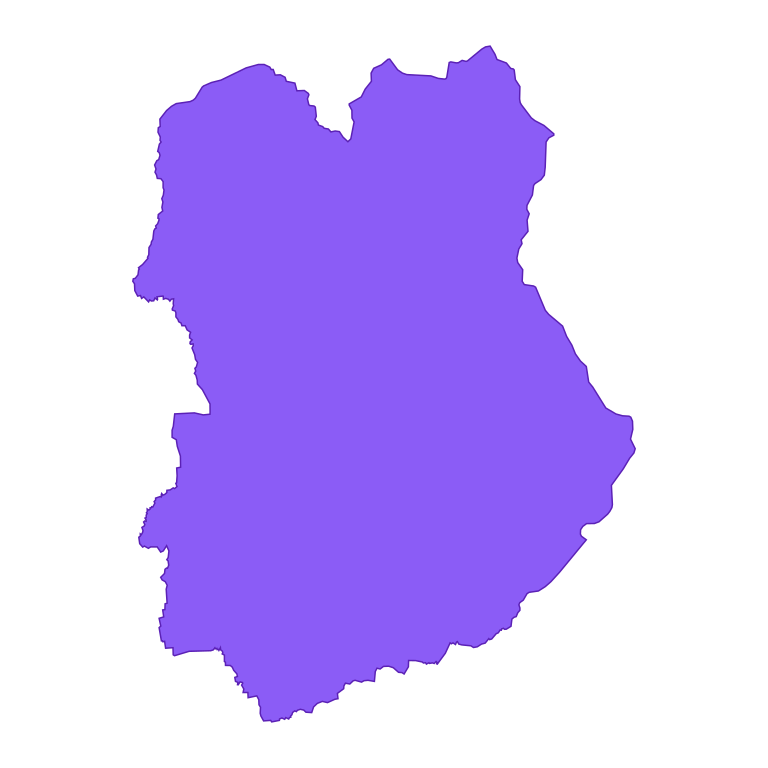 Na Yong, Trang, Thailand (Equal Earth projection)
{"feature_id": "78962969B91154230125686", "entity_name": "Na Yong", "entity_type": "district", "adm_level": 2, "iso_a3": "THA", "parent_name": "Thailand", "parent_adm1": "Trang", "projection": "equal_earth", "projection_center": [99.716, 7.559], "detail": "fine", "context": "isolated", "style": "filled", "palette": "violet", "viewbox_px": 768, "rotation_deg": 0, "n_neighbors": 0, "source": "geoboundaries", "source_scale": "gbopen_adm2", "svg_char_len": 6076}
<svg xmlns="http://www.w3.org/2000/svg" viewBox="0 0 768 768"><path d="M139.7,543.7L142.7,547.1L144.4,546.1L148.4,548.3L150.7,546.9L157.2,546.9L160.7,552.1L163.3,550.9L166.6,545.7L168.9,550.9L168.2,557.5L166.8,559.7L168.1,560.9L168.7,565.2L167.5,568.2L166.6,568.0L165.0,569.3L164.5,573.5L160.7,577.3L162.1,579.9L165.3,581.7L167.2,585.3L166.2,589.2L167.1,603.2L165.1,603.8L164.9,609.6L162.7,609.9L163.7,616.9L159.1,618.3L160.8,626.1L159.1,627.6L161.4,640.9L162.4,640.8L162.9,641.8L164.6,641.3L165.6,648.2L173.0,647.7L173.2,654.8L174.5,655.7L189.2,651.3L210.8,650.7L213.3,649.9L214.9,647.8L215.4,648.8L216.9,648.4L217.1,649.6L218.4,649.4L218.9,650.4L220.4,647.7L220.6,649.8L222.4,651.2L222.8,652.9L222.2,653.9L224.4,655.1L224.4,661.5L225.4,662.2L225.5,665.4L230.3,665.5L232.3,667.2L233.7,670.3L236.9,673.9L237.4,676.5L234.8,677.4L235.5,681.4L237.9,682.4L237.5,684.7L238.2,684.8L240.1,681.9L242.5,682.5L242.7,683.3L241.6,685.1L243.8,689.0L243.1,692.5L247.9,692.5L248.1,697.7L256.8,695.9L258.8,699.7L259.0,704.8L260.5,707.2L260.2,713.3L260.9,716.0L263.6,720.9L270.7,720.4L271.7,721.9L279.4,720.4L279.6,718.9L281.9,718.0L284.7,719.3L285.8,717.6L288.7,719.0L289.5,717.5L290.8,717.2L290.7,715.9L291.9,714.8L292.6,712.5L294.7,710.9L296.4,711.6L297.4,710.3L300.3,709.3L303.8,710.1L305.9,712.2L311.7,712.6L313.6,706.9L317.3,703.4L322.3,701.4L327.5,702.6L334.8,699.3L338.0,698.7L337.4,693.4L343.7,688.7L343.9,685.9L345.4,683.2L349.8,684.0L353.2,680.8L355.1,680.3L361.6,682.1L364.0,680.7L368.0,680.3L374.4,681.4L375.3,671.5L377.0,668.2L380.1,669.0L383.5,666.4L388.7,666.2L393.3,667.7L398.5,672.3L402.0,672.6L404.1,674.0L408.4,666.8L408.6,660.5L415.7,660.6L422.3,662.0L423.4,663.0L425.6,662.7L426.4,664.1L428.9,662.7L429.4,663.4L432.5,662.9L434.2,663.5L436.1,661.5L437.0,662.4L436.6,663.8L437.3,664.1L445.3,653.3L450.1,642.9L451.3,643.8L453.0,642.9L455.5,644.5L456.5,642.1L457.4,641.6L458.8,644.1L461.8,644.9L470.9,645.8L473.5,647.5L477.3,646.8L481.5,644.1L485.2,643.1L488.8,638.6L489.6,639.6L491.7,639.0L496.2,633.7L498.3,632.8L500.1,630.0L501.3,630.2L501.7,628.9L503.4,628.3L504.5,629.3L506.3,629.2L511.0,626.3L511.9,619.1L514.0,617.3L516.2,616.6L517.8,612.7L519.9,610.3L519.9,607.9L518.9,604.8L519.7,602.7L523.3,600.1L527.0,593.7L529.2,592.3L538.4,591.0L545.3,586.6L551.0,581.6L559.4,572.4L586.3,539.8L581.4,536.2L580.4,534.1L580.6,529.7L582.8,526.4L586.6,523.6L594.4,523.5L599.0,521.8L607.6,514.2L609.8,511.4L611.9,507.6L612.4,504.6L611.4,485.3L623.3,468.8L629.6,458.3L633.9,453.0L635.2,448.7L630.5,439.1L632.8,429.4L632.5,421.2L630.8,417.2L629.1,416.2L622.6,415.8L616.0,414.0L605.8,408.0L592.7,387.0L588.7,382.1L586.3,366.5L580.5,361.1L575.4,353.9L571.9,345.2L566.6,336.4L562.6,326.1L548.7,314.4L545.3,310.3L535.6,287.2L533.6,286.0L524.3,284.6L522.2,281.3L522.7,269.7L517.7,262.5L516.9,258.1L518.8,249.0L522.0,243.7L521.2,239.8L528.0,231.3L527.1,220.1L529.2,213.8L526.8,209.3L527.0,205.4L532.4,195.0L533.6,185.5L535.0,183.6L541.0,179.6L544.3,175.2L545.2,167.2L546.1,142.0L548.9,137.8L553.8,135.2L553.8,133.8L543.9,125.4L535.1,120.8L531.3,117.9L521.4,104.8L520.2,102.6L519.6,99.1L519.9,86.6L515.4,79.7L514.2,70.0L513.4,69.0L510.7,68.4L506.4,63.0L497.0,59.5L495.0,54.3L490.1,46.1L485.5,46.9L481.8,49.1L467.5,60.9L466.1,61.4L462.1,60.4L458.4,62.7L456.4,62.9L450.8,61.9L449.2,62.5L446.8,77.2L446.1,78.6L444.7,79.1L438.3,78.4L430.9,75.9L406.8,74.6L402.4,73.1L397.6,69.8L389.7,59.1L388.0,59.3L381.5,64.8L373.7,68.3L371.1,73.1L371.4,81.3L365.2,89.1L361.3,96.9L349.2,103.9L349.2,105.1L351.9,110.3L352.0,118.1L354.1,121.9L350.8,138.9L347.9,141.7L343.0,137.1L339.4,131.6L335.2,131.0L330.9,131.9L328.4,129.0L324.2,128.3L322.7,126.6L318.4,125.0L317.9,122.8L315.0,119.6L316.3,116.3L315.3,107.1L314.0,106.0L309.6,105.5L308.8,104.6L307.4,98.8L308.9,94.8L308.3,93.4L304.3,90.5L296.9,90.8L294.9,83.1L286.3,81.3L285.1,77.3L280.4,74.8L275.2,75.1L273.2,69.5L271.2,69.5L269.8,67.1L264.2,64.5L258.3,64.5L246.1,67.9L221.0,80.1L211.5,82.5L203.8,85.8L202.2,87.1L195.4,98.2L193.3,100.1L190.1,101.6L176.2,103.6L171.5,106.3L166.6,110.5L159.9,119.1L160.2,126.5L158.3,127.7L158.0,132.2L160.3,137.0L160.0,140.3L161.1,142.0L159.4,144.1L157.7,151.4L159.2,152.6L160.0,155.3L158.7,159.6L156.8,160.7L154.6,165.0L156.0,169.0L155.0,172.2L156.5,174.9L157.3,178.4L160.9,178.7L163.1,181.6L163.1,187.7L164.0,190.0L163.3,195.2L161.8,198.7L162.9,202.0L161.9,207.3L162.7,211.0L158.3,214.5L157.9,218.2L158.9,218.7L159.0,220.1L157.6,223.8L155.6,226.0L156.3,228.0L154.9,228.8L153.8,231.0L152.9,239.3L151.4,241.9L151.1,244.3L149.0,247.5L148.8,254.7L147.5,257.3L147.9,258.4L142.6,264.5L138.5,267.7L139.3,269.1L138.6,269.9L138.0,274.8L135.3,278.3L133.3,278.8L132.8,281.3L134.5,283.8L134.8,290.6L137.7,296.1L140.5,295.5L141.6,298.4L143.8,296.9L148.6,301.9L149.6,299.9L151.4,301.0L153.7,300.8L155.0,298.0L157.3,299.9L157.6,299.2L157.0,296.8L162.5,296.1L163.2,296.2L163.4,299.2L165.8,298.4L168.5,299.3L169.9,301.1L171.3,299.2L173.6,298.8L173.2,303.7L173.6,305.7L172.2,308.9L172.4,310.1L175.2,311.0L175.9,312.8L175.9,316.9L177.9,319.4L178.7,321.7L181.1,323.1L181.9,325.7L185.2,325.7L187.1,329.9L190.6,332.3L189.6,335.0L189.6,337.9L192.1,339.9L190.2,341.8L190.0,343.6L190.7,344.3L193.1,343.9L193.3,345.6L192.0,348.0L194.7,354.7L195.5,359.4L197.6,362.4L196.3,366.9L194.9,368.3L195.7,371.1L194.4,373.4L195.9,375.2L197.2,380.0L197.4,384.1L202.4,389.7L210.0,403.9L210.1,412.1L210.0,414.2L203.3,414.9L194.4,412.9L174.7,413.9L173.3,426.4L172.1,430.2L172.1,437.3L176.3,439.7L177.3,446.4L180.4,456.0L180.6,467.2L176.7,468.0L177.1,475.8L176.6,482.9L175.8,483.3L177.0,486.6L174.6,488.6L173.2,487.9L170.2,489.9L166.9,490.3L166.8,492.6L164.8,494.4L162.9,495.1L161.7,493.5L161.3,494.6L161.7,496.1L161.1,497.0L160.6,496.4L155.6,498.1L155.6,500.0L154.1,501.6L154.9,503.1L152.8,507.0L151.7,506.7L151.4,507.6L150.1,507.8L150.2,508.9L148.8,510.1L147.2,509.0L147.3,511.5L146.4,512.8L147.2,513.6L146.2,515.1L146.2,517.6L145.0,518.1L146.1,519.9L146.1,521.3L144.6,521.0L143.6,522.0L144.8,524.6L144.2,526.0L141.9,527.4L143.0,530.6L142.6,532.4L141.3,534.7L140.3,533.9L140.3,536.2L138.8,537.2L139.7,543.7Z" fill="#8b5cf6" stroke="#5b21b6" stroke-width="1.5"/></svg>